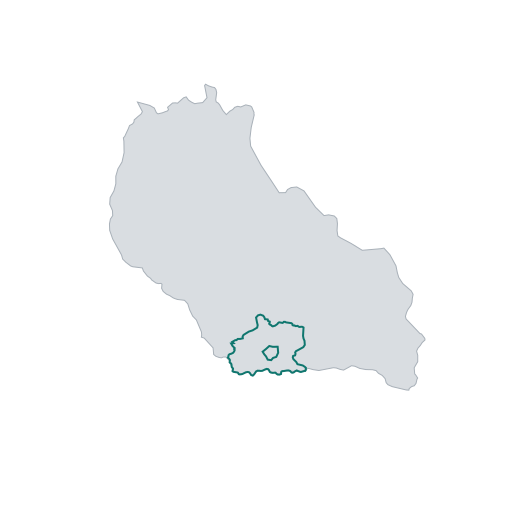 Békés on a map of Hungary (Mercator projection), rotated 60°
{"feature_id": "HUN-3171", "entity_name": "Békés", "entity_type": "County", "adm_level": 1, "iso_a3": "HUN", "parent_name": "Hungary", "parent_adm1": "", "projection": "mercator", "projection_center": [21.079, 46.734], "detail": "fine", "context": "in_parent", "style": "outline", "palette": "teal", "viewbox_px": 512, "rotation_deg": 60, "n_neighbors": 0, "source": "natural_earth", "source_scale": "10m", "svg_char_len": 4844}
<svg xmlns="http://www.w3.org/2000/svg" viewBox="0 0 512 512"><g transform="rotate(60 256 256)"><path d="M406.3,151.7L411.7,151.0L411.9,151.1L413.2,151.6L414.1,155.5L414.3,155.8L415.6,158.4L416.8,161.9L418.7,164.5L422.9,165.6L428.4,168.8L431.9,174.9L437.2,177.4L437.6,177.5L438.7,177.2L442.5,177.0L443.2,178.2L446.3,181.1L447.5,183.8L446.9,186.5L447.4,189.6L448.6,190.7L447.2,192.8L437.3,203.3L433.4,206.1L430.8,206.6L426.7,205.5L422.5,206.4L418.8,208.6L415.3,209.3L412.7,212.0L409.3,217.6L405.2,222.4L401.0,225.4L398.8,228.1L398.6,237.2L396.2,239.9L393.1,242.5L391.4,244.9L386.6,258.8L383.0,263.3L379.6,266.7L379.0,269.8L379.1,273.3L375.2,280.4L370.1,287.8L369.1,290.8L370.3,294.9L365.4,299.5L362.6,301.8L360.2,302.9L358.8,305.8L356.4,312.9L357.0,316.1L357.1,319.0L352.9,320.7L351.7,323.9L350.7,327.9L348.9,329.7L344.3,333.0L332.8,331.5L328.4,332.6L327.1,335.0L326.9,336.9L325.4,338.7L322.8,340.9L320.1,341.9L314.1,339.1L301.2,341.9L299.0,343.9L297.2,342.5L294.4,341.2L281.5,339.6L276.4,340.9L269.6,340.4L263.3,339.0L258.6,340.1L254.4,345.7L252.4,347.5L250.8,348.7L247.2,350.5L244.3,352.6L240.3,354.1L236.8,353.9L233.4,351.5L232.2,352.0L231.2,354.2L229.4,356.1L224.4,358.4L223.1,358.4L222.8,358.4L219.0,360.1L212.7,361.0L209.5,360.4L203.7,368.1L202.0,369.5L196.5,371.8L192.0,373.0L188.2,372.0L186.7,371.9L169.6,371.6L160.7,369.9L155.0,366.9L151.2,363.6L149.4,359.9L144.9,357.6L138.0,356.8L132.5,353.1L128.6,346.5L123.4,341.3L116.8,337.5L111.5,332.0L107.6,325.0L100.6,318.6L90.5,313.0L87.4,311.8L86.8,309.9L81.9,302.9L79.8,300.3L79.9,296.8L79.0,294.8L77.2,293.4L76.2,288.4L75.6,284.6L74.2,282.2L63.4,281.7L72.5,272.7L77.0,270.1L82.2,270.6L83.9,269.8L84.3,268.4L85.2,265.5L85.6,262.7L86.1,260.1L85.5,258.6L83.0,258.2L81.8,251.7L83.1,249.2L84.4,247.5L82.8,239.6L83.3,236.9L87.3,236.5L90.7,234.8L93.5,232.9L94.3,230.5L96.5,225.5L94.4,219.3L82.7,215.3L82.0,213.8L84.8,212.1L87.7,209.6L89.4,207.7L91.7,207.4L94.9,208.4L100.6,212.8L102.7,213.4L104.8,212.2L107.1,211.9L113.4,212.0L118.7,211.0L117.5,206.3L117.5,202.8L116.6,200.1L117.2,197.0L119.3,194.7L120.0,189.3L123.3,185.8L124.8,185.2L130.6,185.9L132.0,186.8L132.9,187.0L142.2,195.8L151.0,202.4L158.2,205.7L168.7,206.0L180.0,206.3L198.7,205.1L212.8,204.3L213.7,202.7L215.9,198.7L214.2,195.4L214.3,191.4L216.6,186.2L223.6,181.9L243.5,180.1L255.0,176.9L256.7,172.5L260.5,168.2L264.0,167.3L268.7,169.3L274.5,173.1L279.5,175.1L282.4,173.8L292.6,167.4L304.2,161.1L312.2,144.0L313.1,141.3L321.8,139.4L334.5,139.7L341.0,141.9L345.9,143.1L353.2,142.7L363.8,139.0L367.7,139.1L370.7,141.7L374.0,144.0L376.3,146.7L378.0,150.6L378.9,152.1L380.3,154.0L383.0,156.8L385.6,157.5L405.1,152.8L406.3,151.7Z" fill="#d9dde1" stroke="#a8b0b8" stroke-width="1"/><path d="M366.1,298.7L365.7,299.8L364.5,301.3L363.3,302.0L361.2,301.8L360.0,302.1L359.1,303.2L358.8,304.7L358.6,307.9L357.9,309.4L356.9,310.7L356.1,312.0L356.0,313.7L357.6,316.8L358.0,318.6L356.7,319.7L354.3,319.8L353.1,320.2L352.2,321.3L351.6,323.1L351.4,326.7L350.9,328.3L350.2,329.6L349.7,330.0L348.0,330.0L347.7,330.2L345.0,333.5L343.9,333.9L342.8,332.9L342.4,332.4L342.0,332.2L341.5,332.2L341.0,332.4L339.9,332.5L337.7,331.5L336.7,331.3L336.3,331.5L335.5,331.9L334.9,332.0L334.5,331.7L333.5,330.9L332.9,330.6L331.8,330.6L330.6,330.9L330.0,331.2L329.9,331.2L329.3,330.2L328.2,329.4L327.8,328.1L328.3,326.1L328.4,324.2L327.7,322.6L326.7,321.4L325.6,321.5L325.1,320.5L322.1,321.3L319.3,321.3L320.3,319.0L318.5,319.5L318.5,316.0L319.1,315.0L318.7,313.3L319.9,311.2L320.7,308.6L319.0,307.8L318.1,306.2L317.9,300.0L318.7,296.1L318.6,290.8L316.7,289.1L313.9,288.3L309.3,286.7L308.4,283.9L309.0,281.5L311.3,279.6L313.3,279.4L315.2,279.8L316.8,277.6L318.4,278.0L319.7,276.9L320.6,277.5L321.3,278.5L322.4,278.2L323.5,277.4L324.4,277.3L325.3,276.7L325.9,274.2L325.6,271.5L325.1,270.4L325.0,269.1L327.2,266.5L327.2,265.4L326.9,264.9L327.5,263.8L328.5,263.2L331.9,258.9L333.0,258.5L334.2,258.9L334.9,258.4L335.4,257.3L336.3,257.0L336.9,256.0L337.3,254.9L338.7,254.3L339.4,253.5L339.8,252.3L340.6,251.2L341.7,250.6L348.7,255.2L351.2,256.1L353.7,256.4L357.4,258.2L358.6,260.6L358.5,266.6L358.4,269.0L359.1,270.3L360.5,270.7L361.6,271.8L361.1,273.8L362.1,274.8L364.0,275.2L368.0,274.1L370.4,274.2L374.2,270.2L376.7,269.0L378.0,268.7L378.2,269.1L378.7,269.4L379.2,269.5L379.6,269.8L380.1,270.8L379.9,271.0L378.9,275.1L378.4,275.7L375.8,277.8L375.5,277.9L375.5,278.1L375.4,279.1L375.4,280.1L375.6,281.0L375.6,281.9L375.2,283.0L374.6,283.5L372.5,284.0L371.3,285.1L370.6,286.5L369.4,289.8L369.1,290.2L368.9,290.7L368.8,291.2L368.8,291.7L368.9,291.9L369.0,292.1L369.2,292.3L370.7,293.3L370.5,294.9L369.5,296.5L368.4,297.1L366.8,297.4L366.2,298.4L366.1,298.7ZM351.6,297.7L353.8,294.9L352.8,292.2L353.5,288.9L350.9,285.2L345.4,282.6L343.1,286.8L340.6,289.5L341.5,293.7L342.2,298.1L345.3,298.0L348.0,297.5L351.6,297.7Z" fill="none" stroke="#0f766e" stroke-width="2"/></g></svg>